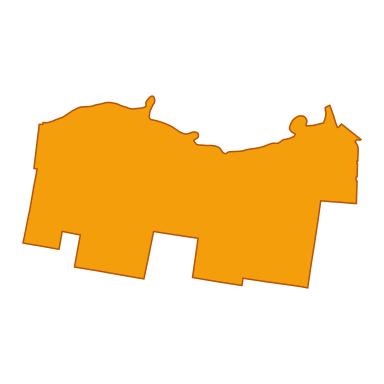 the district of Ciulnita, Ialomita, Romania
{"feature_id": "2599482B31349838477695", "entity_name": "Ciulnita", "entity_type": "district", "adm_level": 2, "iso_a3": "ROU", "parent_name": "Romania", "parent_adm1": "Ialomita", "projection": "albers", "projection_center": [27.294, 44.52], "detail": "fine", "context": "isolated", "style": "filled", "palette": "amber", "viewbox_px": 384, "rotation_deg": 0, "n_neighbors": 0, "source": "geoboundaries", "source_scale": "gbopen_adm2", "svg_char_len": 4979}
<svg xmlns="http://www.w3.org/2000/svg" viewBox="0 0 384 384"><path d="M242.0,285.5L243.0,278.2L250.2,279.4L252.6,279.7L256.6,280.3L260.7,280.9L264.4,281.5L277.5,283.3L279.6,283.6L285.7,284.4L290.6,285.1L295.5,285.8L300.8,286.6L307.7,287.9L308.6,281.8L309.5,275.6L310.0,272.2L310.5,268.7L311.5,262.0L312.1,258.7L312.2,257.6L312.9,253.4L313.6,249.1L314.4,243.9L315.2,238.7L315.8,234.8L316.4,230.7L317.7,222.4L318.4,217.3L319.3,211.3L319.6,208.7L319.9,206.6L320.3,203.8L320.7,200.8L324.2,201.1L327.8,201.4L331.0,201.7L334.3,201.9L336.4,202.0L338.7,202.2L345.3,202.7L353.6,203.4L356.3,203.6L356.4,203.4L356.7,192.3L357.1,181.2L356.3,180.8L355.9,177.5L356.1,177.2L357.1,176.7L357.5,163.7L357.1,163.6L357.0,162.4L356.8,161.9L356.9,161.1L357.8,161.1L358.2,149.2L358.0,147.4L357.5,145.7L356.5,143.7L355.6,142.4L355.1,141.7L356.8,139.7L359.1,140.1L360.3,140.0L360.8,139.8L361.0,139.6L346.3,127.9L341.5,124.0L340.0,125.6L339.3,126.5L338.5,127.1L338.3,127.2L338.1,127.2L337.4,127.5L335.6,122.7L334.2,118.0L333.7,116.1L333.4,115.3L329.8,105.3L327.4,106.3L325.2,107.6L325.5,110.8L325.9,112.8L325.8,115.3L325.2,118.2L323.8,122.2L323.3,122.9L314.7,125.1L312.8,125.5L310.3,125.6L308.0,125.9L306.3,125.9L306.0,125.3L306.2,123.7L306.7,122.8L306.9,121.8L306.9,120.8L306.6,119.8L306.0,118.6L305.0,117.4L304.0,116.5L302.8,116.0L302.3,116.0L301.5,115.9L300.5,115.9L299.2,116.0L298.3,116.3L297.4,116.7L296.1,117.4L294.4,118.7L293.5,119.5L292.2,121.0L291.9,121.8L291.3,122.8L289.8,126.4L289.5,127.5L289.4,128.1L289.9,129.7L290.5,130.5L291.3,131.7L293.1,132.8L293.8,133.0L294.2,133.3L294.8,133.7L295.1,134.1L295.1,134.4L294.6,135.9L293.9,136.4L291.5,137.6L289.8,138.3L285.9,139.3L284.5,139.4L283.8,139.6L282.6,140.2L281.7,140.7L280.8,141.4L280.0,142.1L278.3,143.1L277.8,143.3L276.5,143.4L275.5,143.3L273.3,143.2L272.2,143.3L268.3,144.6L267.3,145.1L263.9,146.4L259.2,147.7L256.6,148.2L254.2,148.6L249.1,149.2L247.5,149.6L246.1,149.8L244.6,150.3L242.9,150.8L240.8,151.2L235.4,151.5L234.3,151.5L233.0,151.6L230.9,151.7L230.3,151.7L229.7,151.8L229.2,151.8L228.8,152.0L228.3,152.1L227.6,152.4L227.1,152.7L226.5,153.4L226.0,153.5L225.2,153.6L223.8,153.1L223.0,152.6L222.0,151.3L221.2,150.1L220.4,148.9L219.7,148.1L218.7,147.4L217.7,146.9L216.0,146.3L214.9,146.0L211.6,145.5L210.6,145.4L207.7,145.5L205.8,145.4L203.8,145.3L202.0,145.0L200.7,145.1L198.6,145.0L196.6,144.3L196.0,143.8L195.0,142.6L193.8,140.8L193.9,140.2L194.5,139.7L197.0,138.3L197.7,137.7L198.2,137.0L198.4,136.0L198.4,134.7L198.1,133.7L197.5,132.9L196.6,132.4L195.6,132.1L194.4,132.0L193.2,132.0L192.1,132.3L190.7,132.7L188.6,133.6L187.4,133.9L186.6,134.0L185.4,134.0L184.4,133.8L183.4,133.5L180.7,132.4L179.2,131.6L176.8,130.0L174.7,128.6L173.6,127.8L173.4,127.6L173.0,127.4L172.7,127.2L172.2,126.8L171.7,126.6L171.2,126.3L170.7,126.1L170.2,125.8L169.2,125.4L168.3,125.0L167.7,124.7L166.3,124.1L165.6,123.8L164.6,123.4L163.5,123.0L162.3,122.6L161.2,122.2L160.3,121.9L159.4,121.6L158.7,121.3L158.2,121.2L157.0,120.9L153.7,120.1L151.2,119.7L150.4,119.2L149.8,118.6L149.4,117.8L149.2,116.9L149.2,115.9L149.5,114.4L149.7,112.9L150.0,111.5L150.4,110.3L151.1,108.9L151.4,108.0L152.0,106.7L152.8,105.2L153.3,104.3L153.7,103.7L154.3,103.0L154.4,102.6L154.6,101.9L154.6,101.3L154.7,100.4L154.7,99.6L154.4,98.7L154.3,98.1L154.1,97.5L153.7,96.8L153.1,96.3L152.1,96.1L151.1,96.3L150.2,96.9L149.3,97.7L147.7,99.6L147.0,100.4L146.3,101.6L146.1,102.0L145.9,102.5L145.8,103.5L146.0,104.5L146.1,105.2L146.0,105.9L145.7,106.4L145.1,106.9L144.5,107.2L143.7,107.4L142.6,107.8L141.4,108.0L140.4,108.1L139.7,108.2L139.1,108.3L138.4,108.4L137.8,108.5L136.9,108.5L136.1,108.6L134.5,108.7L133.3,109.0L132.0,109.0L130.6,108.8L128.9,108.3L128.5,108.2L128.1,108.0L127.3,107.6L123.6,106.5L122.3,106.1L118.1,104.4L116.5,103.7L113.9,103.2L111.2,102.7L108.9,102.4L106.1,102.6L103.3,103.3L100.5,104.0L97.5,104.6L94.5,105.2L94.3,105.4L93.7,105.7L93.0,105.9L92.0,106.1L90.3,106.4L89.2,106.6L88.4,106.6L86.7,106.7L85.1,106.8L84.1,106.8L83.3,106.9L82.1,106.9L81.2,107.0L79.8,107.3L78.6,107.7L77.6,108.2L76.7,108.6L75.8,109.1L75.1,109.5L73.1,110.4L71.1,111.7L67.9,113.8L65.4,115.5L63.6,116.7L61.9,117.5L59.8,118.3L56.2,119.6L54.1,120.5L52.2,121.3L48.4,122.5L47.0,122.7L44.7,122.7L43.0,122.5L42.7,124.4L41.4,124.4L39.9,124.3L39.7,124.5L39.2,124.5L38.8,128.0L38.5,131.5L38.3,131.9L38.2,132.3L38.2,132.9L37.9,135.7L36.1,150.6L33.9,168.4L37.1,169.0L36.6,172.1L35.9,175.6L34.6,182.4L33.3,188.9L33.4,189.1L32.6,193.5L31.5,200.0L30.6,205.0L30.0,208.5L29.3,212.1L28.6,215.4L28.4,216.5L28.0,218.4L27.2,222.1L26.9,224.0L26.7,224.9L25.8,229.5L25.1,232.9L24.3,236.9L23.6,240.2L23.1,242.3L23.0,243.0L25.7,243.5L35.1,245.1L40.1,245.9L40.9,246.1L50.0,247.7L59.0,249.3L61.8,233.7L62.2,231.4L71.4,233.2L80.3,234.9L80.3,235.0L75.5,261.2L74.9,264.7L74.5,267.0L94.0,270.2L101.5,271.5L109.2,272.9L139.1,278.1L143.9,278.9L146.0,268.9L147.5,261.7L150.3,247.9L153.6,231.5L171.5,234.3L198.1,238.3L192.5,277.5L207.4,280.0L222.5,282.5L242.0,285.5Z" fill="#f59e0b" stroke="#b45309" stroke-width="1.5"/></svg>